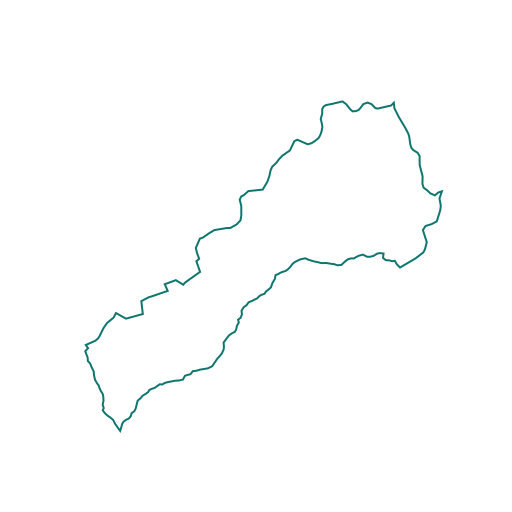 the district of Belém do Brejo do Cruz, Paraíba, Brazil, rotated 340°
{"feature_id": "56859067B47597011454876", "entity_name": "Belém do Brejo do Cruz", "entity_type": "district", "adm_level": 2, "iso_a3": "BRA", "parent_name": "Brazil", "parent_adm1": "Paraíba", "projection": "robinson", "projection_center": [-37.396, -6.149], "detail": "fine", "context": "isolated", "style": "outline", "palette": "teal", "viewbox_px": 512, "rotation_deg": 340, "n_neighbors": 0, "source": "geoboundaries", "source_scale": "gbopen_adm2", "svg_char_len": 3049}
<svg xmlns="http://www.w3.org/2000/svg" viewBox="0 0 512 512"><g transform="rotate(340 256 256)"><path d="M265.5,194.6L262.5,195.0L259.9,197.6L259.3,203.9L256.0,213.0L253.6,217.2L248.6,219.7L241.5,220.9L238.0,219.7L225.8,217.4L219.2,218.7L212.5,220.5L209.2,220.5L202.2,227.9L201.6,233.1L201.6,239.2L198.2,240.5L198.0,251.8L185.2,255.3L180.0,256.8L177.8,258.1L172.4,251.3L160.6,251.3L161.1,258.6L145.1,258.3L140.9,258.1L132.8,259.2L129.8,271.8L112.4,270.4L104.9,261.7L101.1,265.2L93.1,268.0L87.8,271.8L81.8,277.6L79.4,279.5L75.8,280.7L65.6,281.4L66.7,285.2L63.0,287.1L63.0,290.6L63.1,293.6L62.1,297.2L63.4,300.4L63.5,303.8L64.0,309.1L63.0,312.6L62.4,317.2L63.0,320.8L63.9,324.0L63.8,326.8L64.0,329.7L64.8,333.1L64.4,335.9L63.2,339.8L61.0,343.4L60.9,346.8L59.2,348.6L60.3,352.2L61.9,355.2L63.6,357.5L65.7,361.2L66.3,366.0L67.1,368.7L68.5,373.9L70.5,371.4L72.6,368.2L75.0,366.3L77.9,365.5L81.0,365.2L83.6,363.6L85.3,361.2L88.5,360.3L90.6,358.4L92.9,355.0L95.4,351.4L99.1,350.1L101.6,348.5L104.9,347.9L107.9,347.1L110.0,345.4L112.7,345.2L115.6,345.3L118.8,344.4L121.7,343.6L124.0,344.7L126.6,344.1L129.7,344.3L133.3,344.9L137.2,345.5L141.3,346.7L145.1,347.1L148.2,344.3L150.8,344.3L153.9,344.7L157.3,342.6L160.3,343.4L164.8,343.7L172.3,345.1L177.2,344.6L179.4,342.9L181.8,341.3L184.1,339.5L186.8,338.1L190.7,335.8L193.7,332.7L195.0,329.8L195.9,326.3L199.8,323.7L203.4,321.4L206.9,320.4L210.1,320.1L212.2,318.3L214.2,315.1L217.1,312.6L217.4,309.7L220.4,308.8L222.8,306.1L223.7,302.5L226.9,299.9L230.3,299.0L233.2,297.0L237.5,296.8L240.2,296.4L242.7,296.2L244.9,295.0L247.6,294.4L251.0,294.4L253.4,292.7L256.3,291.8L259.3,290.6L262.2,287.0L265.9,284.0L267.9,280.6L270.4,280.6L273.1,280.1L275.7,280.0L278.5,280.2L281.3,279.5L284.7,277.9L287.4,276.0L290.2,275.0L296.2,274.3L301.5,275.0L304.2,277.6L308.6,280.9L311.8,282.8L314.8,284.9L319.8,286.7L323.5,288.8L326.7,290.4L329.2,292.5L333.1,293.6L338.5,291.3L341.7,290.5L344.5,290.8L347.3,291.8L350.0,291.2L353.0,290.9L357.0,291.3L360.0,294.6L362.7,295.7L366.5,296.1L370.8,295.2L373.5,295.7L376.7,297.3L374.7,301.2L376.5,304.3L379.7,305.7L382.2,307.5L384.8,308.0L385.6,312.2L387.4,316.1L405.2,312.8L414.6,309.8L417.1,307.4L421.2,301.5L421.7,288.7L425.6,285.8L432.0,286.1L437.7,285.3L444.8,276.0L446.8,272.1L448.1,264.7L452.8,258.8L448.9,258.7L444.8,260.2L441.3,256.8L439.0,252.3L436.9,249.2L437.0,245.3L439.8,238.1L440.9,226.7L442.5,221.9L443.9,218.2L443.2,214.3L439.9,210.1L439.0,207.4L439.1,204.3L440.9,195.7L440.9,192.6L440.1,186.7L437.8,174.7L436.6,164.7L437.9,159.1L434.5,160.8L420.8,159.1L418.7,157.8L416.5,152.8L413.3,150.0L408.7,150.0L404.7,152.7L402.2,153.9L399.4,154.0L396.3,153.1L394.9,150.8L392.7,144.2L390.1,140.3L379.5,139.1L373.4,138.1L370.7,138.7L368.5,140.5L367.0,144.7L363.7,149.4L363.2,153.9L362.5,157.6L359.7,162.1L357.0,165.1L355.0,166.6L350.8,168.1L346.7,169.0L342.8,168.7L334.6,160.9L331.3,161.2L324.0,168.4L315.2,170.7L310.6,173.0L307.2,175.3L301.7,177.7L299.0,180.5L295.8,185.6L292.1,190.1L285.0,195.9L271.0,192.4L265.5,194.6Z" fill="none" stroke="#0f766e" stroke-width="2"/></g></svg>